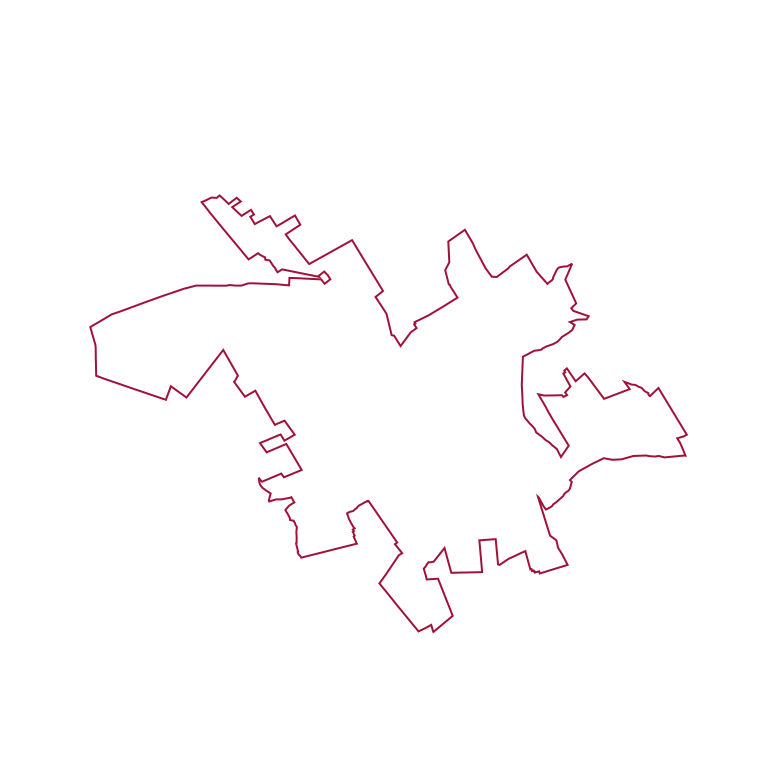 outline of Seyé, Yucatán, Mexico, rotated 322°
{"feature_id": "50627088B84990602370402", "entity_name": "Seyé", "entity_type": "district", "adm_level": 2, "iso_a3": "MEX", "parent_name": "Mexico", "parent_adm1": "Yucatán", "projection": "albers", "projection_center": [-89.375, 20.848], "detail": "fine", "context": "isolated", "style": "outline", "palette": "rose", "viewbox_px": 768, "rotation_deg": 322, "n_neighbors": 0, "source": "geoboundaries", "source_scale": "gbopen_adm2", "svg_char_len": 5698}
<svg xmlns="http://www.w3.org/2000/svg" viewBox="0 0 768 768"><g transform="rotate(322 384 384)"><path d="M447.4,251.0L398.9,243.4L398.6,218.7L398.4,211.0L398.7,205.6L401.1,205.8L407.6,206.3L416.1,207.0L417.6,196.4L412.3,195.7L407.5,195.1L400.2,194.2L397.8,193.8L396.4,193.6L397.5,181.5L393.3,180.7L388.5,179.8L380.6,178.4L381.1,174.8L381.6,169.9L385.9,170.4L386.4,164.9L385.5,164.8L380.4,164.3L375.3,163.9L373.3,151.2L383.5,152.0L382.9,148.5L382.6,146.6L377.3,146.5L372.5,146.5L370.6,134.3L369.1,134.3L366.9,134.4L363.9,131.8L362.8,130.9L360.8,130.4L357.6,129.8L354.7,129.1L352.3,128.4L352.4,138.0L352.3,140.8L352.7,158.8L352.8,162.1L353.1,173.0L353.6,188.2L354.0,202.4L356.5,202.7L365.3,203.4L365.8,205.8L367.5,209.6L368.3,211.0L367.0,213.0L369.9,216.1L369.9,217.7L369.8,218.4L369.4,222.5L369.6,225.8L369.1,227.4L368.9,230.4L374.3,231.0L390.6,250.0L391.2,250.7L398.8,259.6L398.8,258.6L406.1,258.6L406.7,263.7L406.2,268.4L405.0,268.4L401.1,268.5L398.9,268.4L398.9,263.9L398.7,262.7L391.6,256.6L380.1,246.6L374.8,242.2L373.0,244.3L369.9,247.8L364.6,242.9L361.3,239.7L343.5,224.6L338.8,221.0L334.5,219.5L332.3,218.7L327.5,215.0L327.0,214.6L326.8,214.3L322.9,210.7L320.6,209.7L313.6,204.2L296.6,190.8L284.8,185.7L264.2,178.5L245.4,172.3L221.2,164.6L212.4,161.5L204.3,160.5L187.6,158.3L180.5,175.9L178.6,178.6L172.2,187.0L170.8,188.9L167.6,193.2L162.3,200.3L167.0,208.0L176.0,221.8L178.5,225.7L200.5,259.3L200.8,259.8L201.1,260.2L202.5,262.2L204.5,260.8L205.2,260.4L214.7,254.6L216.8,262.0L216.9,262.4L219.0,269.4L219.1,269.9L220.1,273.0L278.3,258.2L274.0,287.5L268.5,289.7L267.2,289.9L266.6,308.4L278.5,310.1L276.3,324.0L275.7,328.0L275.2,331.3L274.8,334.8L274.3,338.1L273.7,342.3L273.4,345.0L272.9,348.7L272.9,349.1L273.4,349.1L276.6,349.9L279.3,350.7L279.9,350.8L283.1,351.7L282.9,355.8L282.7,360.1L282.6,364.5L282.4,369.0L281.5,368.8L279.5,368.6L274.5,367.9L270.6,367.3L271.1,363.4L271.4,360.1L266.8,358.8L262.1,357.5L257.4,356.3L253.7,355.2L249.9,354.2L249.7,358.8L249.5,365.6L257.3,367.7L270.1,371.1L270.1,371.3L268.4,384.3L266.2,401.1L255.6,398.1L247.7,395.9L247.9,391.3L247.3,391.2L227.7,385.9L227.5,385.6L227.6,380.7L225.0,385.2L224.5,386.8L224.2,389.8L224.4,391.3L225.2,394.1L226.2,397.5L227.3,400.5L221.6,404.8L221.2,405.9L227.9,408.5L232.3,411.9L240.1,415.9L241.3,416.1L240.4,422.1L238.3,421.8L235.8,421.6L234.0,421.5L228.7,422.6L228.4,424.3L228.2,426.7L227.8,428.9L227.3,431.1L227.3,431.7L226.2,433.3L227.4,434.9L228.6,436.0L228.2,439.0L227.4,440.7L227.4,442.6L227.2,443.0L226.1,444.3L225.4,445.0L223.9,446.6L220.2,451.8L218.2,454.2L217.3,455.4L216.6,455.4L213.1,463.2L212.6,463.2L212.0,464.4L211.8,466.2L212.1,467.5L212.0,469.4L211.9,469.9L232.7,479.1L240.6,482.6L248.1,485.9L264.3,493.1L266.0,485.9L266.1,485.6L267.5,485.5L267.7,484.1L268.4,482.0L268.4,481.3L269.8,481.3L269.8,479.5L272.0,479.6L271.8,478.6L272.3,474.1L273.2,469.3L275.2,463.2L277.8,463.5L281.6,465.1L284.8,464.8L285.9,465.1L287.0,464.7L289.4,464.4L298.8,465.9L298.9,466.6L299.8,466.7L296.8,517.0L294.0,517.0L294.2,528.5L290.2,528.1L282.5,530.6L267.7,535.4L257.6,538.3L258.0,557.7L258.1,567.4L258.9,600.2L265.6,601.7L272.9,602.9L270.4,609.2L270.3,609.8L295.4,609.0L305.4,575.2L306.7,570.7L297.3,564.3L298.9,560.9L301.3,554.9L301.6,554.0L304.0,553.6L307.3,552.3L309.1,551.9L309.5,551.9L310.1,552.7L313.8,554.6L330.7,550.5L325.3,563.4L320.8,574.2L345.5,592.7L362.9,565.9L376.5,575.0L362.8,596.4L363.7,597.7L374.6,598.5L380.5,599.9L387.7,601.5L392.5,602.7L386.3,617.5L385.2,620.2L386.3,620.7L385.5,622.5L387.0,623.0L386.7,623.9L387.3,624.2L386.9,625.3L387.2,625.4L387.1,625.6L388.6,626.2L390.9,627.1L390.4,628.5L390.1,629.2L417.3,639.6L419.4,628.8L420.4,620.1L423.6,613.3L421.5,605.7L435.9,567.6L436.1,568.6L434.5,578.3L434.3,582.6L438.2,583.4L441.3,583.7L443.1,583.0L446.9,583.2L453.4,582.8L456.3,582.6L458.1,581.7L460.7,581.4L463.4,581.7L465.9,581.0L471.6,576.9L471.4,574.2L473.1,574.0L482.9,572.8L485.2,572.9L499.5,575.2L511.5,577.8L517.3,584.3L524.6,589.5L536.3,594.3L545.5,601.0L546.2,601.4L548.9,604.4L553.0,608.1L556.2,609.8L559.8,614.5L575.9,624.8L577.4,626.1L579.4,619.1L580.2,616.2L581.2,612.1L581.6,607.3L587.8,609.8L591.4,610.4L597.8,556.1L586.2,557.3L585.8,556.1L585.9,555.0L586.7,554.1L585.0,550.1L584.6,545.6L582.9,542.8L581.5,539.5L578.9,537.0L574.8,530.3L574.5,539.3L548.3,531.2L548.9,504.5L548.6,499.1L537.0,499.8L536.7,499.8L537.7,484.3L534.2,484.5L533.9,486.4L531.8,486.1L529.4,500.7L521.5,502.2L521.4,505.5L517.4,504.6L517.4,502.5L503.1,491.7L499.3,487.1L497.3,502.0L496.4,506.2L495.2,515.2L491.6,546.3L478.5,550.5L480.2,541.7L478.8,535.6L478.4,532.0L476.8,527.5L476.1,523.0L474.1,515.8L475.1,512.4L475.2,511.8L475.0,508.3L474.5,504.7L474.4,501.4L474.2,498.0L474.9,494.9L477.8,490.1L480.7,485.5L487.6,475.9L491.8,469.8L494.5,466.6L507.7,451.0L510.4,448.0L516.0,449.1L518.5,449.5L522.9,450.3L525.0,451.6L525.9,452.2L529.4,453.9L530.8,453.6L531.5,453.8L535.4,454.5L541.9,456.7L546.5,457.5L549.4,457.2L553.2,456.5L561.2,457.3L565.6,457.3L570.6,454.8L568.6,449.6L576.0,452.3L583.4,457.8L587.0,456.6L578.2,442.9L578.2,439.6L585.1,438.8L591.1,413.4L605.7,405.4L605.6,404.9L600.8,404.1L598.1,402.2L594.1,400.1L592.4,399.9L590.5,400.4L583.2,404.0L581.5,405.4L579.4,405.7L578.4,405.5L574.4,405.7L573.4,389.4L576.1,370.0L555.3,368.8L553.3,369.4L538.8,369.1L535.0,365.8L535.3,355.3L538.9,334.6L540.6,328.1L541.9,318.2L542.7,312.3L522.4,311.3L510.4,328.3L502.3,332.0L496.4,345.4L496.9,346.1L496.3,348.9L495.1,361.2L477.4,359.3L470.2,358.4L461.5,357.4L455.9,356.2L446.2,354.1L446.0,355.7L444.5,355.5L444.1,360.0L437.1,359.8L436.7,359.8L420.4,364.3L421.7,352.2L420.1,350.2L429.1,330.4L429.5,327.4L430.9,310.2L440.5,310.1L444.6,274.5L445.4,267.9L447.4,251.0Z" fill="none" stroke="#9f1239" stroke-width="2"/></g></svg>